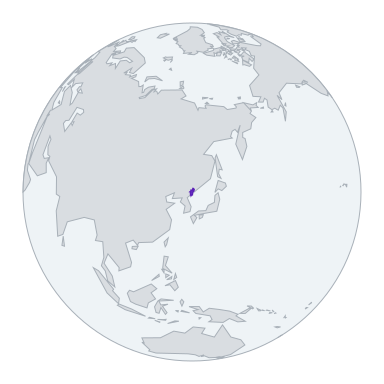 globe centered on Hamgyŏng-bukto, rotated 3°
{"feature_id": "PRK-3307", "entity_name": "Hamgyŏng-bukto", "entity_type": "Province", "adm_level": 1, "iso_a3": "PRK", "parent_name": "North Korea", "parent_adm1": "", "projection": "orthographic", "projection_center": [129.506, 41.787], "detail": "fine", "context": "on_globe", "style": "filled", "palette": "violet", "viewbox_px": 384, "rotation_deg": 3, "n_neighbors": 0, "source": "natural_earth", "source_scale": "10m", "svg_char_len": 12546}
<svg xmlns="http://www.w3.org/2000/svg" viewBox="0 0 384 384"><g transform="rotate(3 192 192)"><circle cx="192" cy="192" r="169" fill="#eef3f6" stroke="#a8b0b8"/><path d="M317.3,295.7L317.1,296.3L317.0,296.6L317.3,295.7ZM321.7,83.7L321.4,84.1L323.5,85.9L327.2,90.6L325.0,87.9L322.2,86.1L322.8,88.9L315.8,86.7L300.4,77.7L301.5,76.2L297.6,74.5L296.1,76.5L296.0,78.3L280.7,78.4L273.7,88.3L277.0,95.1L271.9,91.0L281.9,107.0L281.6,116.5L278.5,103.5L275.6,100.7L273.8,105.8L270.3,104.0L267.5,105.6L263.6,103.2L262.1,96.2L259.5,94.6L258.3,98.5L253.7,98.7L255.8,93.3L247.9,93.3L243.9,82.6L252.7,71.6L247.1,65.2L247.3,53.0L244.0,52.7L241.9,48.5L237.3,46.8L238.6,45.4L233.7,45.3L233.4,46.9L231.1,47.5L228.3,46.7L229.6,44.7L231.2,44.8L230.1,43.8L231.9,43.2L229.4,43.1L231.3,41.0L225.4,42.0L223.4,39.4L225.7,38.4L230.8,39.9L248.8,42.4L252.7,42.4L253.2,40.6L242.8,33.9L245.0,33.7L244.0,32.4L240.4,31.6L239.9,32.5L232.9,31.1L233.1,32.8L230.3,32.6L228.4,34.1L223.0,32.5L218.7,30.3L220.1,29.1L218.3,28.2L212.4,28.5L210.4,25.9L201.3,24.0L201.4,23.7L209.9,24.1L221.6,25.9L232.7,28.0L219.7,25.4L220.1,25.4L231.8,27.8L243.3,31.0L254.6,35.0L265.5,39.9L276.1,45.4L286.2,51.8L295.9,58.8L305.1,66.5L313.7,74.8L321.7,83.7ZM346.2,179.1L344.8,176.3L346.3,176.2L346.2,179.1ZM343.5,176.0L344.1,176.6L343.5,176.4L343.5,176.0ZM342.8,176.7L343.3,176.2L342.9,177.1L342.8,176.7ZM342.0,178.0L342.4,177.1L342.4,177.4L342.0,178.0ZM340.3,179.0L339.8,179.2L340.0,178.1L340.3,179.0ZM296.5,79.4L296.4,76.8L299.1,75.8L299.5,78.2L296.5,79.4ZM290.9,81.9L289.9,79.9L294.2,81.3L293.5,82.0L290.9,81.9ZM280.1,100.6L280.7,97.8L281.3,101.2L280.1,100.6ZM267.8,106.3L268.7,107.8L266.8,108.0L267.8,106.3ZM231.5,34.9L230.0,34.5L231.1,34.4L231.5,34.9ZM232.1,36.1L234.5,36.3L235.1,36.9L233.6,36.7L232.1,36.1ZM259.1,104.6L255.8,104.8L258.9,103.4L259.1,104.6ZM229.0,35.7L235.9,37.9L237.0,39.0L232.2,39.4L229.0,35.7ZM253.7,104.1L245.8,105.0L247.1,108.1L238.8,100.1L248.3,101.8L251.9,99.4L251.5,102.2L253.7,104.1ZM234.5,47.8L234.7,46.0L237.1,48.2L234.5,47.8ZM236.5,49.1L247.0,55.9L245.2,58.5L242.1,55.5L241.9,59.7L235.9,57.5L234.6,54.8L237.0,53.5L232.9,53.7L236.5,49.1ZM235.5,95.8L233.3,95.1L235.3,94.5L235.5,95.8ZM230.4,47.9L232.7,48.9L231.3,51.2L226.5,49.5L228.5,49.3L230.4,47.9ZM244.8,61.9L242.9,63.5L237.5,62.1L236.1,62.5L235.6,57.7L244.8,61.9ZM227.4,48.4L224.1,48.7L222.2,47.0L228.1,47.1L227.4,48.4ZM233.0,52.5L232.1,53.5L231.0,52.4L233.0,52.5ZM213.7,41.7L216.4,42.6L216.0,43.8L213.7,41.7ZM223.0,48.9L223.7,49.5L223.8,50.1L221.3,50.0L223.0,48.9ZM231.8,57.2L230.0,56.4L231.7,59.1L227.8,58.3L228.2,55.3L226.3,56.3L225.1,56.1L226.8,53.9L231.8,57.2ZM219.1,51.9L218.2,48.1L213.2,46.0L213.5,44.8L221.5,48.5L219.1,51.9ZM223.5,53.2L220.8,52.1L222.5,51.1L225.4,51.2L223.5,53.2ZM224.9,59.0L230.9,60.9L230.6,61.5L224.9,59.0ZM217.3,51.4L217.6,52.3L216.8,51.4L217.3,51.4ZM222.2,56.8L224.4,57.4L224.0,58.1L222.2,56.8ZM216.3,53.9L216.0,52.6L217.9,52.6L216.3,53.9ZM218.7,55.4L217.7,56.2L218.8,53.4L219.8,55.5L218.7,55.4ZM221.5,57.4L222.0,58.0L220.7,57.1L221.5,57.4ZM209.2,54.7L210.1,51.2L214.3,51.1L212.9,54.6L209.2,54.7ZM86.4,60.1L75.7,70.8L73.2,73.5L69.4,76.3L55.2,94.6L57.0,94.5L49.4,109.6L47.8,117.5L56.7,111.5L59.4,98.2L65.1,91.9L67.2,98.9L65.6,111.5L67.8,109.5L73.2,98.6L77.3,99.0L75.6,94.8L72.9,98.3L71.8,96.0L74.1,92.7L75.5,92.8L77.2,88.7L70.2,89.8L66.8,93.5L68.6,85.6L63.1,91.3L62.0,90.7L70.9,81.1L73.5,79.5L86.3,66.9L83.8,67.7L71.5,79.9L73.3,77.3L69.8,79.2L73.9,75.8L88.1,62.9L92.7,57.2L90.7,56.7L90.8,56.7L106.5,46.3L110.8,44.0L100.2,51.5L103.0,50.4L111.9,45.7L107.9,48.5L110.2,47.7L106.8,50.7L108.7,52.7L106.3,55.8L113.3,54.8L113.0,56.4L108.9,56.4L104.8,58.4L99.5,67.3L100.4,68.4L105.4,67.2L103.3,70.1L108.9,67.7L109.0,72.7L113.5,64.9L119.5,63.9L123.0,66.2L125.8,64.6L120.1,61.0L117.1,60.9L113.2,62.9L105.7,62.3L106.1,59.7L117.0,55.6L118.9,51.8L126.6,50.8L137.3,60.3L138.6,65.6L127.2,76.8L123.3,76.0L125.4,71.4L117.6,76.8L121.0,75.8L119.3,78.3L124.6,78.5L123.7,80.4L130.4,77.6L129.8,79.9L125.6,81.6L132.9,84.5L133.4,89.5L135.5,89.3L137.7,87.7L136.9,95.5L138.5,95.0L139.4,92.2L143.1,89.6L149.5,88.1L148.9,90.9L146.5,91.8L140.6,98.1L134.3,100.4L134.7,101.5L140.0,100.2L147.2,92.4L151.2,90.8L148.3,94.6L149.7,93.1L151.5,93.2L152.7,95.9L156.1,91.9L176.7,90.6L181.0,96.4L176.2,99.6L189.9,103.0L193.7,110.1L194.5,107.4L201.7,107.7L200.5,105.4L201.5,104.2L219.3,105.1L222.9,107.8L231.5,105.9L231.9,104.7L229.7,102.5L238.8,100.1L247.1,108.1L245.8,110.6L251.9,114.3L247.9,119.5L247.4,125.8L239.5,129.9L239.8,134.9L242.2,135.8L244.4,143.6L240.7,157.0L233.2,141.9L236.6,122.7L234.3,130.0L231.7,127.2L228.9,129.2L227.6,134.7L229.4,136.0L211.1,140.5L201.6,153.8L209.8,154.6L213.3,159.9L209.7,177.8L187.5,197.9L191.9,206.7L191.0,211.7L184.7,213.6L185.8,206.3L180.9,202.5L182.5,198.4L172.7,199.6L174.5,193.7L166.0,197.9L167.3,203.3L175.3,204.1L167.1,210.7L173.0,220.8L171.7,230.7L155.3,244.1L141.5,245.3L140.3,248.0L135.8,243.1L128.3,246.5L135.3,265.5L134.6,269.9L123.1,274.6L123.2,271.3L111.3,258.2L107.9,267.7L116.8,280.1L119.9,290.9L112.5,285.1L109.5,275.3L105.4,270.4L107.4,261.9L105.5,246.3L98.1,245.5L99.5,240.0L95.9,225.0L85.7,223.0L69.0,228.3L65.3,241.1L60.2,243.2L57.4,217.9L60.2,203.4L56.6,201.2L55.9,183.9L47.2,168.4L48.2,163.8L46.1,162.3L45.9,153.8L48.4,146.7L47.2,143.4L41.2,162.6L42.7,166.2L47.2,165.2L44.9,170.9L45.4,180.3L36.7,183.9L27.5,172.1L30.5,161.6L43.4,124.3L45.2,122.5L45.4,122.1L45.8,121.5L43.0,123.8L46.6,117.3L35.5,140.0L32.0,148.0L27.3,172.3L26.8,172.5L26.5,179.0L30.1,187.9L29.3,190.9L25.2,198.8L23.3,200.9L23.1,188.6L23.8,176.3L25.4,164.1L27.8,152.0L31.2,140.1L35.4,128.5L40.5,117.3L46.3,106.4L52.9,96.0L60.3,86.1L68.4,76.8L77.1,68.1L86.4,60.1ZM60.0,130.2L61.7,138.2L67.7,129.3L68.9,131.8L70.5,128.0L68.2,128.6L73.2,119.2L76.4,121.1L79.7,118.1L79.3,115.3L72.7,113.5L65.4,126.8L62.1,127.3L60.0,130.2ZM209.4,23.9L209.6,24.0L201.8,23.6L204.0,23.5L198.4,23.2L198.2,23.2L209.4,23.9ZM217.7,25.2L213.7,24.5L218.4,25.3L217.7,25.2ZM126.2,41.5L122.9,43.1L121.0,43.0L124.1,40.1L126.9,40.0L126.2,41.5ZM118.7,45.4L128.7,42.8L127.2,44.8L126.3,44.0L124.3,45.7L122.4,44.9L111.2,49.9L108.8,50.3L115.8,44.0L114.9,45.7L118.1,43.9L118.7,45.4ZM156.9,35.7L161.2,35.5L152.3,40.1L149.3,39.8L152.2,36.6L157.5,35.1L156.9,35.7ZM219.1,36.4L221.3,36.7L221.0,37.2L218.8,37.3L219.1,36.4ZM215.0,42.0L209.0,35.9L211.3,35.8L205.1,32.8L208.6,31.5L212.5,33.5L210.5,30.5L215.5,31.7L213.5,29.8L221.8,34.2L226.1,35.6L219.9,34.5L216.6,35.5L216.5,36.4L219.3,39.9L227.0,43.6L224.9,45.6L221.4,46.0L219.3,45.4L221.3,44.2L216.9,44.3L218.2,42.2L215.0,42.0ZM181.4,54.6L184.7,52.7L176.2,54.1L177.4,51.3L176.3,51.7L175.1,49.6L171.8,47.8L173.2,46.6L171.3,46.4L170.5,45.2L168.4,44.6L170.0,42.5L167.6,41.7L169.8,41.2L165.1,40.4L169.3,40.1L168.6,38.7L164.9,39.8L179.0,31.4L181.6,28.9L181.6,27.1L188.8,27.2L193.5,29.1L196.0,32.3L192.4,35.0L196.3,34.8L195.7,36.1L192.9,35.7L196.9,37.1L195.7,38.2L197.9,42.1L204.6,43.9L205.6,45.6L202.3,45.4L205.6,47.3L200.2,48.2L200.7,49.5L196.0,51.9L189.5,51.1L190.6,52.6L187.0,54.8L181.4,54.6ZM207.7,55.3L199.6,54.6L196.3,52.9L205.9,49.5L206.2,48.2L212.2,46.4L216.9,49.0L214.7,49.3L213.7,50.2L212.6,49.0L212.7,50.6L209.7,51.1L209.0,52.5L206.6,51.8L207.7,55.3ZM73.5,74.1L72.2,75.8L70.7,78.1L68.5,79.5L73.5,74.1ZM83.0,65.2L82.3,66.3L78.4,69.0L79.8,67.4L83.0,65.2ZM85.1,64.8L82.5,66.1L84.8,64.4L85.1,64.8ZM108.6,57.5L108.2,58.8L106.8,59.4L105.5,59.2L108.6,57.5ZM156.4,59.6L158.7,58.4L159.4,58.8L165.5,58.2L165.0,60.5L161.2,61.7L156.4,59.6ZM55.2,110.7L53.8,110.0L54.9,107.9L55.2,108.6L55.2,110.7ZM60.0,93.6L57.3,98.5L59.4,93.9L60.0,93.6ZM156.9,61.9L159.4,61.3L157.6,62.8L156.9,61.9ZM165.0,62.1L163.5,63.8L165.7,60.7L165.0,62.1ZM161.5,322.1L166.7,323.4L166.6,323.9L161.5,322.1ZM156.1,319.3L161.9,320.5L155.1,320.2L156.1,319.3ZM164.2,321.0L170.2,320.9L172.8,320.5L172.4,321.5L164.2,321.0ZM152.1,318.5L131.4,313.0L123.4,309.0L125.1,307.7L138.0,312.1L152.1,318.5ZM124.5,307.4L112.5,297.3L97.4,272.7L102.8,275.5L118.8,293.2L117.8,294.7L125.0,301.9L124.5,307.4ZM154.2,305.0L153.1,310.1L141.5,306.9L136.3,304.6L132.7,296.5L134.7,293.4L138.9,294.7L156.1,286.0L161.9,290.4L156.4,294.8L161.2,300.7L154.2,305.0ZM65.7,242.8L67.5,252.8L64.9,252.1L65.7,242.8ZM163.7,278.0L156.3,282.5L163.3,275.9L163.7,278.0ZM168.2,271.1L168.3,274.3L165.8,270.8L168.2,271.1ZM139.4,252.4L135.0,251.8L135.2,249.5L141.1,248.9L139.4,252.4ZM170.7,239.0L169.4,245.9L168.1,248.1L166.7,243.5L170.7,239.0ZM156.7,82.5L148.8,80.6L142.8,81.3L139.0,84.6L141.0,79.4L150.2,78.3L156.7,82.5ZM174.3,89.2L177.6,86.7L178.5,88.6L177.8,89.4L174.3,89.2ZM174.7,87.1L174.4,82.6L177.8,81.8L177.3,85.4L174.7,87.1ZM165.3,71.5L163.0,70.7L164.5,69.4L165.3,71.5ZM226.9,357.0L225.7,356.5L233.1,355.0L230.9,356.1L226.9,357.0ZM285.1,333.0L287.3,331.5L287.9,330.6L288.5,330.7L290.1,329.6L285.1,333.0ZM196.6,353.8L164.5,354.7L157.1,353.0L158.1,351.7L149.8,344.6L152.1,345.2L149.6,340.3L168.1,339.2L181.1,331.9L192.3,333.3L200.2,326.7L212.1,327.3L209.0,332.8L221.9,335.7L229.4,323.1L238.4,334.8L248.5,337.0L252.8,342.0L239.0,352.3L230.0,355.1L227.7,355.0L224.1,356.0L217.7,356.6L213.1,355.0L209.6,355.9L212.5,354.0L207.6,355.8L203.8,354.4L196.6,353.8ZM281.9,322.4L284.0,321.9L287.5,322.1L284.2,323.2L281.9,322.4ZM312.1,301.3L313.3,301.4L311.1,303.0L312.1,301.3ZM317.0,296.6L314.3,298.7L317.3,295.7L317.0,296.6ZM291.4,312.2L292.5,312.4L291.7,313.0L291.4,312.2ZM290.6,312.3L291.6,310.7L291.6,311.8L290.6,312.3ZM280.4,309.2L281.5,308.2L282.1,308.5L280.4,309.2ZM174.5,324.6L181.6,321.6L185.7,321.7L174.5,324.6ZM278.6,308.3L275.6,309.1L275.9,308.3L278.6,308.3ZM278.7,306.6L278.3,305.6L280.3,307.5L278.7,306.6ZM272.9,305.9L276.6,306.7L272.5,306.2L272.9,305.9ZM270.8,306.7L268.1,306.5L268.3,306.1L270.8,306.7ZM242.4,313.4L252.0,318.3L244.5,319.3L236.0,316.4L229.9,320.6L215.6,320.7L218.7,318.3L216.6,314.7L202.2,313.1L199.3,310.5L204.3,309.1L195.0,306.6L205.2,306.0L209.5,311.2L215.3,307.2L225.6,307.9L235.9,309.0L244.3,311.7L242.4,313.4ZM205.5,317.1L207.3,317.1L205.8,318.5L205.5,317.1ZM263.1,304.9L266.9,306.4L266.5,307.1L264.7,307.2L263.1,304.9ZM246.2,310.7L255.2,305.2L257.4,304.9L251.5,310.5L246.2,310.7ZM252.9,302.9L257.2,302.8L259.5,304.7L258.7,305.5L252.9,302.9ZM184.6,311.2L184.3,312.6L181.7,311.2L184.6,311.2ZM188.0,310.7L195.9,312.8L187.3,311.8L188.0,310.7ZM164.6,302.6L166.8,306.4L173.9,305.3L168.5,307.6L173.4,313.8L171.9,315.6L167.0,309.0L165.5,314.8L162.4,314.2L160.6,308.6L163.6,302.6L166.7,300.4L179.4,301.1L164.6,302.6ZM187.9,306.5L185.8,302.3L187.4,299.7L189.6,302.1L187.9,306.5ZM180.0,291.5L174.8,285.8L169.9,287.0L180.1,281.3L183.3,287.8L180.0,291.5ZM176.0,279.8L171.3,280.9L176.3,277.4L176.0,279.8ZM170.3,278.9L170.1,275.2L173.6,276.3L170.3,278.9ZM178.4,280.3L179.7,274.3L181.2,278.1L178.4,280.3ZM169.3,266.8L176.4,274.1L166.7,269.8L167.5,257.5L171.7,258.0L169.3,266.8ZM200.7,218.5L200.3,214.6L204.5,214.1L203.6,216.9L200.7,218.5ZM217.8,209.9L205.5,212.7L195.6,215.2L198.2,217.3L195.0,223.5L191.8,216.9L199.5,210.6L206.8,209.9L208.9,204.5L214.9,201.2L215.1,194.2L218.1,191.4L220.1,197.7L217.8,209.9ZM214.9,191.2L217.5,179.1L224.9,181.3L226.0,184.5L221.7,189.0L218.0,187.5L214.9,191.2ZM220.3,176.9L216.8,175.4L213.3,156.8L214.4,153.5L221.0,168.3L218.0,167.8L217.6,172.2L220.3,176.9ZM233.4,96.6L233.3,95.2L234.8,96.5L233.4,96.6ZM200.7,103.0L202.2,101.5L203.9,102.9L200.7,103.0ZM207.3,98.4L204.4,97.8L207.7,97.3L207.3,98.4ZM197.7,96.9L203.3,97.0L197.6,98.6L197.7,96.9Z" fill="#d9dde1" stroke="#a8b0b8" stroke-width="1"/><path d="M192.9,188.4L193.0,188.5L193.3,188.5L193.5,188.7L193.6,188.8L193.6,189.1L193.6,189.3L193.8,189.4L193.9,189.6L194.0,189.6L194.0,189.9L194.0,190.0L193.9,190.1L193.6,190.1L193.7,190.3L193.6,190.5L193.5,190.9L193.5,191.1L193.4,191.1L193.2,191.1L193.2,191.3L193.1,191.5L192.9,191.7L192.8,191.8L192.8,192.0L192.7,192.1L192.5,192.3L192.4,192.4L192.4,192.5L192.3,192.8L192.3,193.0L192.5,193.1L192.6,193.3L192.6,193.5L192.5,193.8L192.5,194.0L192.5,194.3L192.5,194.5L192.5,194.8L192.4,194.8L192.2,194.8L191.9,194.9L191.8,195.0L191.7,195.0L191.5,195.3L191.5,195.2L191.4,195.2L191.3,195.3L191.3,195.5L191.2,195.6L191.0,195.4L190.9,195.3L190.8,195.2L190.7,194.9L190.7,194.7L190.8,194.4L190.8,194.2L190.7,194.1L190.7,193.9L190.7,193.7L190.6,193.4L190.5,193.2L190.6,192.9L190.7,192.7L190.4,192.5L190.4,192.4L190.4,192.2L190.4,191.9L190.3,191.7L190.2,191.7L190.3,191.6L190.5,191.5L190.6,191.4L190.8,191.3L190.8,191.1L191.0,191.1L191.0,190.9L191.1,191.0L191.2,190.9L191.3,190.8L191.3,190.7L191.3,190.4L191.5,190.2L191.8,190.1L192.0,190.2L192.0,190.3L192.1,190.2L192.3,190.1L192.5,190.0L192.5,189.9L192.5,189.7L192.6,189.4L192.5,189.2L192.6,188.9L192.7,188.7L192.8,188.5L192.8,188.4L192.9,188.4Z" fill="#8b5cf6" stroke="#5b21b6" stroke-width="1.5"/></g></svg>